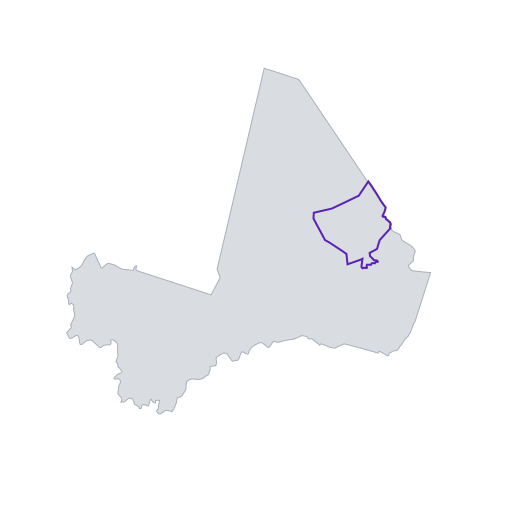 Tessalit, Kidal, Mali (highlighted), rotated 18°
{"feature_id": "8926073B10282848961107", "entity_name": "Tessalit", "entity_type": "district", "adm_level": 2, "iso_a3": "MLI", "parent_name": "Mali", "parent_adm1": "Kidal", "projection": "natural_earth1", "projection_center": [1.279, 20.161], "detail": "fine", "context": "in_parent", "style": "outline", "palette": "violet", "viewbox_px": 512, "rotation_deg": 18, "n_neighbors": 0, "source": "geoboundaries", "source_scale": "gbopen_adm2", "svg_char_len": 5545}
<svg xmlns="http://www.w3.org/2000/svg" viewBox="0 0 512 512"><g transform="rotate(18 256 256)"><path d="M102.2,382.1L102.3,380.3L101.0,379.0L100.9,378.4L101.8,373.1L101.7,371.7L102.3,369.0L101.4,367.8L101.2,366.9L99.1,363.5L98.4,360.5L97.4,358.6L94.8,358.0L93.8,359.6L93.2,359.9L92.3,358.7L92.0,357.7L92.0,356.8L88.7,352.2L89.0,349.7L90.2,348.4L90.8,346.3L89.6,343.9L89.8,341.5L89.7,338.2L87.8,335.4L86.5,334.1L85.4,332.1L86.3,327.5L84.5,323.5L88.1,325.1L89.8,323.6L91.5,321.6L93.0,319.0L93.7,315.7L94.0,312.9L95.5,308.5L97.3,306.4L100.9,303.4L101.9,303.7L107.8,310.2L111.1,313.5L112.3,315.2L113.4,315.2L115.1,312.0L116.9,309.3L117.6,308.6L123.5,308.2L126.6,308.8L129.4,309.5L133.3,309.8L143.6,307.7L143.7,306.4L143.6,304.9L144.0,303.7L144.9,302.6L145.6,302.4L145.9,306.1L146.8,306.6L149.2,306.8L225.3,306.8L228.6,287.6L223.1,280.7L205.8,74.9L241.9,74.9L248.1,79.5L363.6,170.0L364.1,173.0L364.0,177.0L364.9,178.2L366.5,179.5L373.1,183.4L373.7,184.1L373.9,185.7L374.7,187.7L376.1,188.8L377.7,189.7L379.7,190.3L385.7,190.9L386.9,191.8L389.5,195.4L390.9,196.1L399.0,198.0L401.6,199.0L404.5,200.6L406.0,202.1L406.0,207.7L407.1,211.3L407.1,212.3L405.8,213.7L405.5,214.8L404.0,217.7L404.3,218.8L407.1,221.0L408.5,221.6L410.1,221.6L427.2,217.9L427.5,270.2L426.9,271.1L426.5,280.3L425.3,285.8L423.1,289.8L421.7,295.8L420.9,297.0L420.2,300.5L419.0,302.5L416.8,303.3L412.9,307.1L412.5,310.2L403.3,308.5L402.7,308.5L402.3,308.9L402.1,310.6L378.4,311.5L366.8,312.3L359.4,319.3L354.7,320.0L348.7,319.4L345.7,319.4L344.5,319.8L344.2,321.1L334.8,317.4L331.3,318.6L330.8,318.2L330.3,317.4L328.6,317.0L325.9,317.2L323.9,317.7L317.9,323.3L314.7,324.7L308.7,328.0L304.5,330.9L303.0,331.4L300.6,331.5L298.7,332.1L296.9,338.5L295.7,339.2L288.6,336.6L287.1,337.0L285.9,337.7L281.9,341.5L279.9,344.5L278.8,348.4L279.0,351.1L278.3,351.8L276.4,352.0L273.1,351.2L272.1,351.6L271.6,353.5L271.6,357.8L270.9,360.8L268.9,361.7L267.4,362.8L266.2,363.2L265.2,362.9L259.4,358.5L257.5,357.8L255.3,358.3L253.2,360.2L249.5,364.7L249.9,366.3L250.9,368.2L251.6,370.5L251.6,372.6L246.3,375.6L247.5,377.8L247.3,383.7L244.8,386.4L244.0,388.2L241.6,390.1L239.5,391.2L233.1,392.7L230.5,394.6L229.3,396.1L229.0,397.8L229.2,399.7L230.5,403.6L230.0,407.1L229.0,411.3L228.0,413.1L225.0,415.3L225.4,418.0L225.6,421.9L225.1,426.9L224.2,430.3L223.5,429.9L220.6,430.1L217.5,431.1L216.4,432.0L216.1,433.1L213.5,435.9L211.7,435.7L210.1,435.0L209.2,434.3L209.2,433.8L210.2,431.6L210.2,430.9L209.2,427.0L209.4,426.1L209.0,423.2L208.8,423.0L205.4,424.3L205.2,424.8L205.7,426.7L205.4,427.0L204.2,427.0L202.4,426.4L200.6,424.6L200.1,425.2L199.9,426.6L199.8,428.2L200.2,431.1L199.7,432.1L196.8,431.9L194.3,432.3L193.7,433.3L193.5,434.5L194.0,435.8L193.9,436.3L192.9,437.1L192.4,437.1L191.1,435.7L185.7,434.3L185.3,432.3L184.6,432.3L182.9,429.9L182.2,430.0L181.6,430.4L179.5,430.2L177.7,432.3L176.3,434.9L174.8,436.1L172.6,436.7L172.9,435.0L172.3,432.8L167.6,430.0L166.9,428.8L165.7,422.4L165.8,420.5L166.1,418.8L166.0,417.5L165.5,416.5L164.1,415.6L162.6,415.1L160.8,416.4L159.9,416.6L159.0,416.5L158.6,416.1L158.7,415.4L160.7,412.0L161.7,410.5L163.7,408.9L164.2,408.0L164.3,407.4L164.1,406.9L162.8,406.3L160.8,404.7L159.7,404.5L158.8,403.8L157.8,401.3L157.4,400.8L156.4,400.5L155.5,399.9L155.7,393.8L153.7,389.3L152.0,383.5L151.1,382.2L149.5,381.0L147.5,380.2L145.8,380.0L143.8,380.6L143.8,381.2L144.9,383.0L145.1,384.1L144.9,385.1L144.5,385.7L141.8,386.4L138.2,388.5L137.0,390.9L136.2,391.2L134.8,390.9L125.4,386.8L121.3,388.6L118.7,392.2L118.1,393.4L116.9,394.4L116.2,394.4L115.5,393.7L112.8,388.3L111.6,387.0L110.1,386.9L108.8,387.8L107.5,389.6L105.8,391.3L104.7,391.9L103.8,391.6L99.9,387.9L99.8,387.1L101.6,382.8L102.2,382.1Z" fill="#d9dde1" stroke="#a8b0b8" stroke-width="1"/><path d="M345.6,235.6L356.1,227.6L358.1,225.8L359.6,233.7L361.1,234.8L362.4,233.7L363.9,233.6L364.8,233.3L365.2,232.8L364.4,231.9L364.2,230.0L368.1,228.8L368.3,227.2L369.7,226.5L371.3,226.2L371.7,224.6L373.5,224.1L373.5,223.5L372.6,222.9L371.0,223.2L369.6,223.5L368.8,223.2L367.9,222.5L366.8,222.0L364.6,221.0L363.1,218.0L368.9,211.9L368.7,202.7L375.3,187.9L375.2,187.8L375.2,187.7L374.8,187.5L374.6,187.3L374.4,187.1L374.4,186.9L374.4,186.7L374.5,186.5L374.5,186.4L374.4,186.1L374.3,185.9L374.3,185.7L374.5,185.3L374.5,185.2L374.4,185.0L374.3,184.9L374.2,184.8L374.2,184.7L374.3,184.7L374.2,184.4L374.2,184.2L374.3,184.2L374.2,183.9L374.0,183.7L373.9,183.5L373.9,183.3L373.8,183.2L373.6,183.2L373.4,182.9L373.2,182.9L372.9,182.7L372.8,182.4L372.7,182.3L372.4,182.2L372.2,182.2L371.9,182.1L371.6,182.0L371.4,181.9L371.1,181.8L370.8,181.7L370.7,181.7L370.5,181.4L370.2,181.3L369.9,181.2L369.6,181.1L369.1,180.9L368.9,180.8L368.7,181.0L368.5,180.9L368.4,180.8L368.3,180.7L368.2,180.6L368.0,180.4L367.8,180.2L367.7,179.9L367.6,179.7L367.5,179.4L367.4,179.3L367.3,179.2L367.1,178.9L366.9,178.9L366.7,178.9L366.4,179.0L366.2,179.1L366.0,178.9L365.9,179.0L365.7,179.1L365.5,179.3L365.4,179.3L365.2,179.3L364.7,179.4L364.4,179.3L364.1,179.1L364.0,178.8L364.0,178.7L364.0,178.4L364.0,178.2L364.0,177.6L364.1,177.2L364.2,176.6L364.3,176.4L364.3,176.0L364.4,175.6L364.5,175.0L364.5,174.5L364.6,173.9L364.5,173.7L364.5,173.2L364.5,172.7L364.6,171.6L364.4,170.6L364.3,169.7L364.1,169.5L363.3,169.0L363.1,168.9L360.6,167.1L358.2,165.3L356.7,164.1L355.4,162.9L353.7,161.4L352.2,160.2L350.9,159.0L349.0,157.5L347.5,156.4L345.1,154.3L342.3,152.2L339.8,150.4L335.1,166.9L321.7,179.7L313.4,187.5L297.6,197.0L299.1,202.6L316.7,219.5L321.6,220.5L336.6,224.6L341.4,226.1L345.6,235.6Z" fill="none" stroke="#5b21b6" stroke-width="2"/></g></svg>